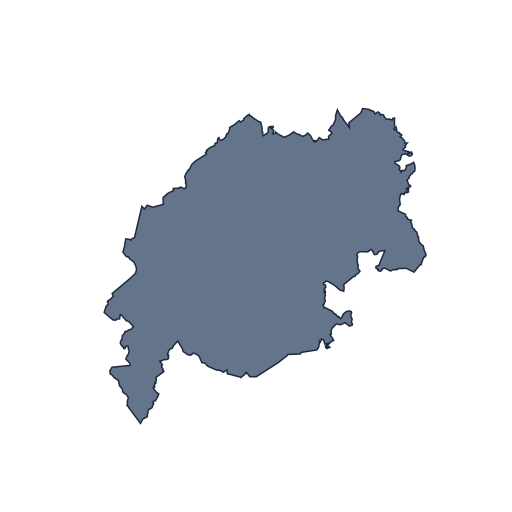 outline of Unión de San Antonio, Jalisco, Mexico, rotated 142°
{"feature_id": "50627088B53477617701945", "entity_name": "Unión de San Antonio", "entity_type": "district", "adm_level": 2, "iso_a3": "MEX", "parent_name": "Mexico", "parent_adm1": "Jalisco", "projection": "albers", "projection_center": [-102.055, 21.158], "detail": "fine", "context": "isolated", "style": "filled", "palette": "slate", "viewbox_px": 512, "rotation_deg": 142, "n_neighbors": 0, "source": "geoboundaries", "source_scale": "gbopen_adm2", "svg_char_len": 6081}
<svg xmlns="http://www.w3.org/2000/svg" viewBox="0 0 512 512"><g transform="rotate(142 256 256)"><path d="M410.4,305.0L408.1,293.7L406.0,291.7L404.3,291.9L402.2,290.4L399.3,293.3L398.5,293.0L398.0,284.6L396.6,283.0L396.1,275.6L400.3,275.3L401.6,276.1L403.9,276.1L404.6,276.8L406.1,277.0L406.8,276.2L410.2,275.6L413.4,272.4L414.1,272.7L415.7,271.8L416.8,270.5L417.0,267.0L416.3,265.7L417.2,264.7L416.7,263.8L413.5,264.8L412.2,263.7L413.9,261.3L413.8,260.0L415.3,258.5L416.8,257.2L418.5,256.9L422.0,255.0L421.4,249.0L422.7,247.4L437.9,257.0L442.1,255.4L442.7,253.4L443.5,253.0L442.6,250.4L442.7,247.8L441.1,242.6L443.4,237.9L443.3,233.0L444.4,231.6L444.7,229.9L443.4,226.8L443.8,222.9L447.1,220.5L448.4,218.5L449.5,217.9L450.1,195.2L445.5,197.2L440.8,196.3L435.7,201.0L431.5,200.5L427.5,202.7L427.7,203.6L426.4,204.6L424.7,203.9L423.3,204.2L418.5,206.4L417.6,207.2L417.8,207.8L416.9,207.9L417.9,208.1L418.5,210.0L418.2,215.3L416.4,215.1L416.4,216.6L415.6,216.5L414.3,217.7L413.2,217.6L413.8,218.4L411.1,219.2L409.8,221.9L399.8,221.7L399.9,222.7L399.1,223.1L398.5,227.3L396.8,227.8L396.5,232.4L394.3,231.3L392.9,231.3L389.3,228.9L388.0,229.3L386.1,231.4L385.9,231.7L386.7,231.9L386.0,233.5L384.5,233.9L383.3,235.1L380.4,235.6L378.8,234.8L376.0,236.3L370.0,237.0L371.1,228.4L372.2,225.6L370.5,220.1L368.6,218.0L365.4,218.1L364.1,216.6L362.5,212.5L364.3,205.1L362.3,203.4L361.8,198.8L357.8,191.2L356.5,189.3L355.3,189.1L353.2,184.4L349.0,184.1L351.1,181.0L342.6,169.8L343.4,169.5L336.2,169.7L336.2,170.3L335.2,170.3L335.2,164.7L330.2,160.7L304.0,158.3L293.3,158.3L291.6,158.8L281.5,151.6L279.5,152.1L265.9,144.5L262.6,145.7L258.2,149.8L258.3,148.6L255.5,150.2L254.4,148.2L256.0,144.2L251.9,142.4L256.9,142.3L257.4,139.8L256.6,139.3L255.8,140.3L255.4,139.1L254.1,138.5L254.2,139.6L255.3,140.8L254.7,141.5L250.1,142.2L246.7,141.7L246.0,148.5L244.6,148.1L243.3,150.5L240.2,152.4L234.2,153.0L232.6,150.5L231.1,149.5L227.1,148.8L225.4,143.1L222.8,142.3L222.1,142.7L221.5,145.2L219.0,147.2L218.1,150.8L215.4,152.6L215.2,153.7L216.5,155.5L219.1,156.6L223.2,156.5L226.3,154.7L228.0,154.4L228.1,157.6L229.1,157.6L229.0,161.2L229.7,161.3L230.0,165.7L233.4,173.0L234.2,173.2L233.1,176.4L231.9,176.2L231.1,177.1L229.2,177.7L227.7,180.9L225.4,182.3L225.2,183.4L223.3,185.0L223.2,185.6L224.5,185.5L223.8,186.6L222.9,186.6L223.0,187.5L221.0,188.2L220.9,188.7L220.3,188.4L219.1,190.5L219.9,191.3L220.1,192.6L219.1,193.1L215.8,192.8L214.9,191.4L212.1,184.4L211.0,177.9L208.6,174.2L206.1,176.7L204.5,179.5L191.6,179.8L190.6,179.0L189.0,179.7L185.8,179.4L183.3,180.1L183.4,182.8L181.8,185.5L181.0,185.8L180.7,187.5L178.3,191.1L176.0,193.2L175.9,195.0L175.0,195.5L171.8,195.7L165.3,190.4L161.4,190.4L161.0,188.8L161.8,184.8L161.5,183.9L159.4,182.9L157.5,183.6L155.3,183.6L151.1,180.9L164.7,173.1L168.0,173.9L168.9,172.7L167.9,170.2L168.6,170.2L168.8,169.5L167.6,167.6L166.3,167.2L164.3,168.1L161.9,167.0L159.3,161.4L156.0,160.6L154.5,159.2L153.2,159.0L153.2,158.4L151.7,158.5L145.1,153.7L141.4,146.0L132.4,148.1L131.5,147.5L125.6,151.2L123.6,151.8L123.1,151.3L121.3,152.1L119.8,157.3L118.0,161.0L118.7,163.7L118.6,167.6L117.4,168.9L116.9,170.6L116.1,170.9L116.3,172.1L114.6,175.7L115.3,178.6L114.6,179.3L115.3,181.5L115.0,182.6L113.3,185.8L113.4,187.4L111.4,188.4L114.0,191.8L113.1,193.0L113.7,195.1L112.5,196.7L116.1,203.9L114.3,206.6L110.7,207.7L108.0,212.3L104.9,215.0L103.3,215.6L103.0,215.0L102.5,215.3L101.5,213.4L101.0,213.9L100.4,213.6L100.1,214.1L98.0,214.2L98.1,212.8L96.2,212.6L95.9,215.4L95.2,214.3L94.0,215.3L95.5,216.3L91.7,216.3L91.5,215.6L91.0,216.0L91.6,218.6L90.5,221.7L90.5,222.9L87.4,223.1L86.5,224.2L83.8,224.9L82.1,224.7L80.2,225.5L78.8,225.1L76.6,227.2L74.8,230.3L74.1,232.8L76.4,232.9L82.1,234.7L82.8,233.4L84.9,232.1L86.6,232.0L88.1,233.6L90.1,232.8L89.6,234.2L90.1,236.1L88.4,236.7L87.6,238.4L89.4,243.7L88.6,244.8L84.3,243.0L82.8,243.1L80.0,245.5L78.0,245.9L75.9,244.7L74.9,243.4L73.8,240.3L71.7,239.5L69.9,240.1L69.6,242.4L72.9,242.9L73.0,243.6L71.4,244.1L74.8,248.7L74.0,249.7L71.2,249.7L70.2,251.3L67.3,252.0L69.3,253.1L68.2,254.9L68.1,258.6L69.0,261.3L67.1,261.3L66.5,262.2L67.4,263.6L67.0,264.9L68.2,266.2L68.3,267.3L66.6,270.5L68.5,269.5L69.2,270.2L69.1,271.3L67.0,272.1L65.7,274.7L61.9,279.4L63.2,280.2L64.9,279.4L67.3,282.5L68.9,283.3L69.3,286.1L68.7,288.4L69.1,289.6L71.2,290.5L71.3,291.5L70.5,292.0L71.2,294.5L74.8,294.8L74.2,296.9L74.7,298.5L75.7,298.9L75.6,299.9L76.5,300.6L76.4,301.7L81.2,306.5L85.5,304.2L100.9,303.8L103.3,299.7L103.3,308.9L102.6,312.2L103.1,314.0L101.9,321.1L106.6,317.8L109.4,314.5L115.0,311.6L116.8,311.9L121.3,310.3L120.4,307.6L120.7,305.9L125.1,305.7L126.6,303.4L131.8,306.3L133.3,310.4L136.8,309.3L137.6,309.9L138.8,309.0L139.6,310.2L138.6,310.4L138.9,311.1L139.7,311.0L139.9,312.3L139.0,317.1L139.4,320.8L140.2,321.2L142.1,320.6L145.8,321.7L147.2,325.2L148.9,327.5L149.9,330.7L155.5,330.8L160.7,332.2L163.5,338.3L164.2,341.6L165.7,340.9L167.7,342.0L167.3,342.6L165.1,343.4L164.6,344.4L165.4,347.5L163.3,346.7L162.8,347.8L165.7,349.5L167.0,349.7L170.5,345.9L176.2,346.3L175.6,348.3L174.4,349.3L174.2,351.2L172.6,352.7L169.9,358.6L171.4,361.1L173.2,366.4L173.8,369.6L174.7,370.9L174.1,371.7L176.3,372.1L181.2,371.7L181.8,370.9L185.6,370.9L185.9,373.0L192.2,372.8L197.6,373.5L199.5,371.5L203.3,369.6L203.9,370.2L206.8,368.4L210.0,368.1L212.4,368.8L212.9,371.0L212.3,372.1L212.8,372.2L214.2,371.8L216.8,369.1L219.0,370.0L220.3,368.5L224.8,369.6L229.9,369.8L230.2,368.6L232.1,368.7L232.4,366.8L244.5,368.1L250.4,367.7L254.8,365.4L256.1,365.6L260.6,364.0L263.4,362.4L264.7,359.1L266.8,356.6L266.8,355.5L268.2,353.7L270.3,352.9L271.4,353.6L272.6,356.3L274.1,357.2L274.8,356.8L279.7,360.2L280.5,358.4L287.9,359.8L288.8,359.7L289.1,359.0L290.7,359.5L293.3,359.2L297.3,353.8L307.3,358.0L310.5,363.0L314.9,361.7L315.4,365.4L340.3,345.4L343.8,346.1L344.9,345.6L345.6,347.1L348.1,349.7L353.2,344.9L358.5,341.0L358.5,335.4L357.1,333.7L357.3,331.5L355.9,326.1L357.3,320.9L359.2,318.2L361.9,316.5L367.6,315.9L392.5,315.0L393.2,312.1L397.1,311.6L401.1,311.8L401.9,309.0L404.9,308.8L410.4,305.0Z" fill="#64748b" stroke="#1e293b" stroke-width="1.5"/></g></svg>